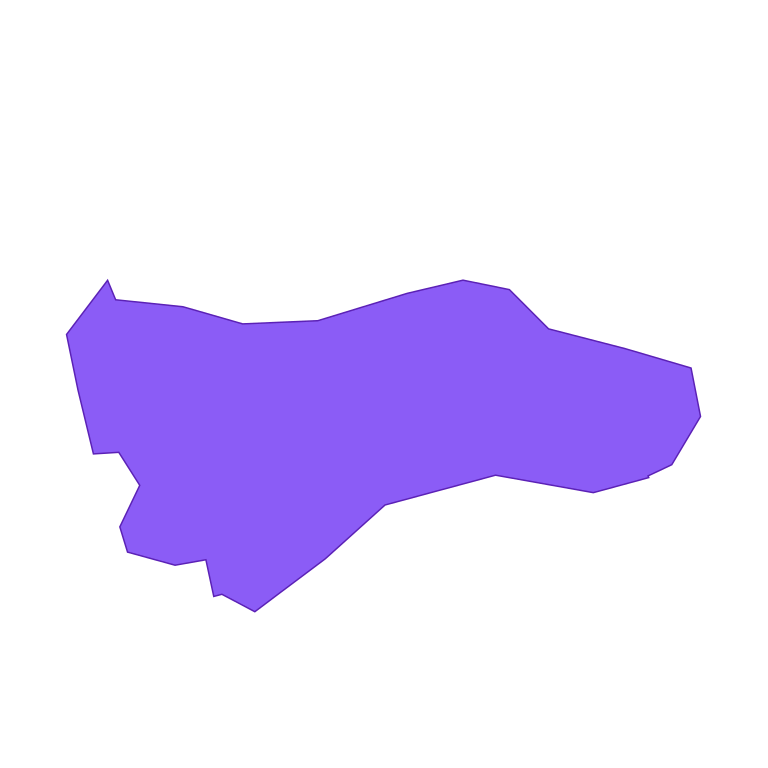 Staffanstorp, Skåne, Sweden (Natural Earth projection), rotated 343°
{"feature_id": "70781695B74587424027080", "entity_name": "Staffanstorp", "entity_type": "district", "adm_level": 2, "iso_a3": "SWE", "parent_name": "Sweden", "parent_adm1": "Skåne", "projection": "natural_earth1", "projection_center": [13.236, 55.68], "detail": "fine", "context": "isolated", "style": "filled", "palette": "violet", "viewbox_px": 768, "rotation_deg": 343, "n_neighbors": 0, "source": "geoboundaries", "source_scale": "gbopen_adm2", "svg_char_len": 562}
<svg xmlns="http://www.w3.org/2000/svg" viewBox="0 0 768 768"><g transform="rotate(343 384 384)"><path d="M150.0,204.0L94.9,243.8L89.6,300.3L85.7,365.9L110.4,371.8L120.8,409.5L89.6,443.4L89.6,469.8L131.2,496.2L162.3,500.0L159.1,537.4L167.5,537.7L193.9,564.0L224.7,552.8L276.7,534.0L349.6,500.0L464.0,503.8L552.4,549.1L609.8,550.9L609.6,549.1L635.6,545.3L677.2,507.6L682.3,458.5L625.1,420.8L557.5,379.4L531.5,330.4L489.9,307.8L432.7,304.1L339.1,304.1L266.4,285.2L214.4,251.4L152.0,225.0L150.0,204.0Z" fill="#8b5cf6" stroke="#5b21b6" stroke-width="1.5"/></g></svg>